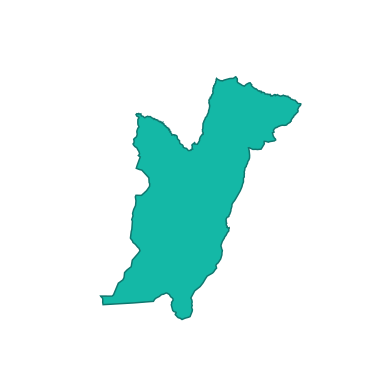 Izvoarele Sucevei, Suceava, Romania (Equal Earth projection), rotated 321°
{"feature_id": "2599482B77536964142988", "entity_name": "Izvoarele Sucevei", "entity_type": "district", "adm_level": 2, "iso_a3": "ROU", "parent_name": "Romania", "parent_adm1": "Suceava", "projection": "equal_earth", "projection_center": [25.231, 47.765], "detail": "fine", "context": "isolated", "style": "filled", "palette": "teal", "viewbox_px": 384, "rotation_deg": 321, "n_neighbors": 0, "source": "geoboundaries", "source_scale": "gbopen_adm2", "svg_char_len": 6107}
<svg xmlns="http://www.w3.org/2000/svg" viewBox="0 0 384 384"><g transform="rotate(321 192 192)"><path d="M150.9,266.9L157.0,267.9L158.6,267.7L161.6,266.8L163.1,266.7L163.7,265.7L164.0,264.6L164.5,264.0L166.0,263.5L167.7,263.5L172.1,262.1L175.6,259.7L177.2,257.9L178.7,256.7L179.5,254.3L180.1,253.4L180.2,252.6L181.2,251.5L184.6,249.4L188.0,248.2L189.3,247.4L191.1,247.1L193.9,245.8L196.1,245.4L197.1,244.1L198.1,243.6L198.4,243.1L197.5,242.8L197.0,241.8L197.3,241.8L197.3,241.4L197.7,241.0L197.9,239.2L198.9,238.0L199.3,238.1L199.7,236.7L200.2,236.1L200.4,236.1L200.5,235.6L201.0,235.2L201.1,234.8L201.4,234.5L203.3,233.7L204.9,234.2L205.4,234.1L205.8,233.5L207.5,232.9L210.4,231.1L211.0,230.3L213.9,228.3L215.2,226.8L217.5,225.9L219.5,225.5L221.3,224.9L230.3,221.4L234.2,219.3L236.1,217.8L238.3,216.6L240.7,213.6L242.1,213.2L243.4,211.4L244.2,210.8L245.2,209.2L246.6,208.3L248.4,206.6L250.2,206.3L251.1,205.5L253.2,204.6L254.4,203.5L256.5,202.8L258.1,201.8L259.9,199.7L262.4,195.9L263.7,193.2L264.3,193.5L266.1,197.2L268.5,199.0L269.5,200.1L272.7,202.2L278.5,200.1L279.3,198.7L280.0,198.1L281.4,199.4L282.7,201.3L284.2,201.8L288.2,204.1L289.8,204.2L290.2,203.3L290.0,201.8L290.4,199.5L291.8,196.6L293.4,197.1L294.2,195.2L295.1,194.9L297.3,194.6L297.8,194.7L298.3,195.2L300.8,195.5L301.5,195.9L302.6,196.1L304.3,197.0L305.8,198.4L307.3,199.3L308.2,199.4L308.9,199.1L312.2,199.6L312.7,199.2L313.8,199.3L314.1,198.7L314.5,198.4L317.4,197.5L318.1,197.6L319.7,196.7L320.8,196.9L323.0,196.4L324.2,196.5L324.9,196.2L325.6,195.6L325.8,194.5L329.0,193.0L330.5,193.0L331.0,192.8L332.0,192.1L331.9,191.7L330.3,190.1L329.9,189.4L330.1,188.1L330.0,187.2L329.7,186.6L330.0,185.8L328.5,184.1L328.3,183.3L327.5,182.4L327.3,181.6L327.5,180.6L327.4,180.0L326.6,179.2L326.8,177.9L325.8,177.5L325.8,177.2L325.3,176.4L324.7,176.2L324.8,175.6L324.1,175.0L323.9,174.2L322.4,173.9L321.7,173.4L321.5,173.5L320.9,173.1L320.5,172.1L320.1,171.6L319.9,170.8L319.2,170.4L319.4,170.0L317.5,169.6L318.0,168.8L317.4,168.2L314.8,167.9L314.6,167.4L313.8,167.2L313.7,166.9L314.2,165.8L314.2,165.3L313.4,165.1L313.2,164.4L312.3,164.0L312.1,163.2L311.1,162.5L310.5,161.7L310.7,160.6L310.3,159.7L309.5,158.9L308.5,158.5L309.1,157.8L309.2,157.4L308.1,156.7L308.3,156.1L307.2,155.2L306.8,152.3L306.0,151.7L306.1,151.2L305.5,149.9L305.1,147.0L305.3,146.5L305.9,146.2L305.8,144.9L305.9,143.7L304.9,143.1L302.0,142.5L299.3,142.7L298.1,140.7L297.8,139.5L296.4,135.7L296.8,134.2L297.7,133.6L298.5,132.3L298.4,131.5L298.6,130.3L298.4,129.9L295.6,129.7L293.0,127.7L287.3,125.2L285.8,124.9L283.8,122.9L283.7,122.3L283.3,121.7L282.7,120.1L282.6,119.2L281.6,119.7L281.5,120.1L281.0,120.6L280.0,121.0L278.7,122.4L277.9,122.4L276.9,123.1L275.9,123.1L274.9,124.1L274.3,124.2L274.3,124.8L273.5,124.8L273.2,125.3L271.2,127.2L270.9,128.1L270.0,128.7L268.5,129.0L266.6,130.2L265.8,129.9L265.4,130.3L265.4,130.8L264.3,130.9L264.0,130.8L263.0,131.3L262.3,132.2L262.1,133.0L261.2,133.3L260.9,134.7L260.4,135.2L260.0,136.2L257.8,138.2L256.1,139.2L254.9,140.5L252.1,141.8L251.4,142.4L249.1,142.7L248.0,143.5L245.7,144.5L245.2,145.0L243.7,145.7L240.2,149.7L239.4,150.0L238.6,151.3L238.3,151.5L238.1,152.0L238.0,153.1L237.3,153.5L237.2,153.9L236.9,154.1L236.7,153.9L236.6,154.1L235.6,153.8L232.9,154.6L230.9,155.9L230.2,156.8L226.2,158.3L224.4,156.4L225.0,155.7L225.1,155.3L222.2,155.3L221.6,155.4L221.2,155.9L221.1,156.5L219.7,158.0L219.5,159.0L218.0,158.4L217.7,158.5L217.6,158.9L217.4,158.9L215.5,157.8L215.2,157.3L215.2,154.7L213.9,153.1L213.4,151.8L214.1,150.4L214.2,149.7L214.0,148.9L213.3,147.4L213.2,146.6L214.0,144.9L214.6,144.2L214.3,143.4L214.4,142.8L214.1,142.0L214.7,140.5L215.3,139.6L215.5,138.5L214.9,137.6L214.3,137.3L214.6,136.9L213.6,135.8L212.2,135.0L212.7,134.2L212.7,132.8L213.1,131.9L212.8,131.5L213.2,131.4L213.0,131.1L213.3,130.7L213.2,130.2L213.6,129.6L213.3,129.5L213.4,129.4L213.2,128.9L213.5,128.7L213.4,128.2L213.9,127.9L213.3,126.8L213.4,126.5L213.3,126.2L212.8,125.8L213.0,125.3L212.9,124.6L213.1,124.0L212.6,123.6L212.7,123.0L212.5,122.7L212.6,122.0L213.0,121.5L212.6,121.0L212.7,120.5L212.4,120.4L212.3,119.7L212.8,119.4L212.0,119.2L212.1,118.0L212.0,117.6L211.3,117.6L211.4,117.2L211.1,116.4L210.7,116.3L210.6,116.0L210.4,115.2L210.6,114.8L210.1,114.3L210.2,113.8L209.2,112.8L209.2,112.3L209.0,112.1L208.9,111.4L208.3,111.5L208.4,111.0L208.0,110.6L208.1,110.3L207.5,109.3L207.5,108.6L207.1,107.9L207.1,107.2L205.5,106.0L205.3,105.3L203.5,104.7L202.1,104.6L201.8,103.9L201.5,102.2L200.5,101.0L201.4,99.1L201.0,99.0L200.2,98.1L199.7,97.9L199.9,97.4L199.0,97.1L198.4,96.4L197.2,96.6L196.9,98.4L197.7,100.2L197.6,100.8L197.0,101.2L195.7,101.5L193.8,103.7L192.6,105.3L192.2,106.3L192.0,107.6L191.7,108.1L190.0,108.4L187.7,109.8L187.0,110.5L185.7,112.7L184.2,113.8L183.1,114.2L181.4,114.1L179.9,114.3L179.1,115.9L178.1,117.0L177.6,117.4L176.7,117.4L176.4,117.7L176.2,118.4L176.2,120.7L176.8,122.6L176.9,123.7L176.5,124.7L176.3,127.0L175.4,129.1L174.9,129.6L173.2,129.9L173.8,132.2L166.3,136.7L163.6,138.5L165.2,141.3L166.8,143.4L167.4,153.8L164.7,157.6L164.3,159.0L162.6,160.9L157.5,162.4L150.6,162.8L146.4,159.3L144.9,160.1L142.9,163.6L139.6,167.0L135.8,168.8L132.3,171.3L131.1,173.5L127.8,175.5L127.3,177.2L121.8,183.1L119.9,184.5L115.2,189.0L115.0,189.5L115.0,192.3L114.4,194.1L115.1,197.1L115.1,200.6L115.4,202.5L114.6,205.0L111.2,205.9L102.7,207.4L97.7,211.8L92.4,211.7L88.9,212.2L85.4,215.7L82.9,216.8L77.4,216.5L66.3,222.5L64.3,222.6L55.5,215.4L55.4,216.0L55.7,217.4L55.4,218.8L54.7,219.8L53.2,221.5L52.0,223.6L76.9,241.5L93.2,252.7L95.4,251.9L97.2,251.8L100.9,252.6L103.0,252.5L104.2,252.7L105.5,253.5L108.1,254.1L108.9,254.8L109.9,257.4L109.5,260.0L110.0,262.0L110.0,262.9L109.2,264.2L106.7,264.9L106.3,265.7L104.9,266.6L102.5,271.9L102.6,273.3L103.9,275.5L103.6,276.0L102.2,276.4L101.8,276.8L102.0,278.3L102.0,279.7L102.2,281.0L103.4,282.7L104.0,284.8L107.2,285.7L110.6,287.2L112.1,287.6L116.9,284.9L118.2,283.8L118.9,281.8L119.4,281.1L120.7,280.4L121.4,278.7L122.8,277.7L123.6,276.4L124.1,275.2L124.3,273.7L131.9,270.5L138.8,270.6L143.5,269.5L148.0,267.8L150.9,266.9Z" fill="#14b8a6" stroke="#0f766e" stroke-width="1.5"/></g></svg>